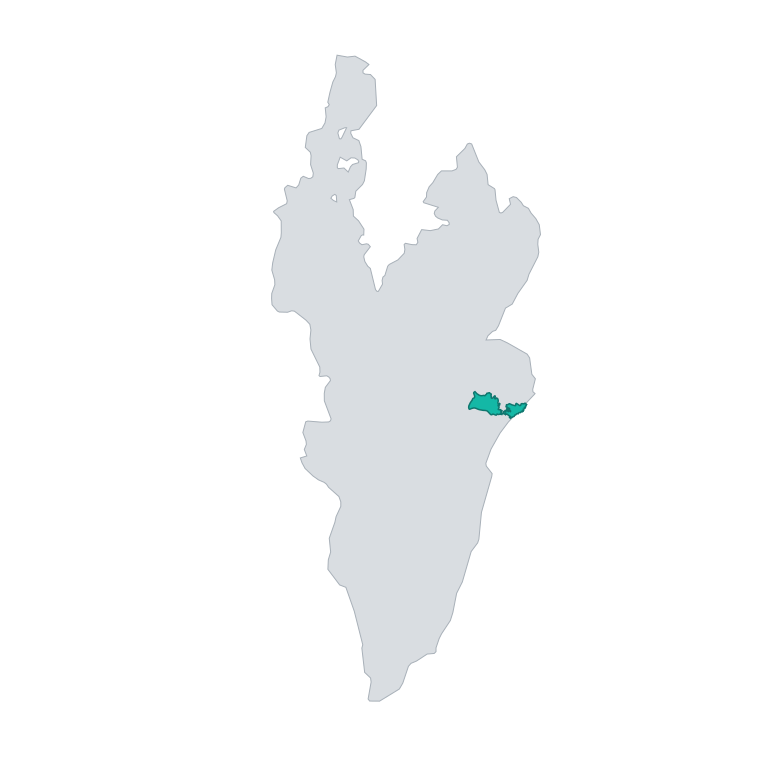 location of Alamudun, Chuy, Kyrgyzstan, rotated 104°
{"feature_id": "92254566B67186126103124", "entity_name": "Alamudun", "entity_type": "district", "adm_level": 2, "iso_a3": "KGZ", "parent_name": "Kyrgyzstan", "parent_adm1": "Chuy", "projection": "equal_earth", "projection_center": [74.606, 42.781], "detail": "fine", "context": "in_parent", "style": "filled", "palette": "teal", "viewbox_px": 768, "rotation_deg": 104, "n_neighbors": 0, "source": "geoboundaries", "source_scale": "gbopen_adm2", "svg_char_len": 8576}
<svg xmlns="http://www.w3.org/2000/svg" viewBox="0 0 768 768"><g transform="rotate(104 384 384)"><path d="M171.9,455.8L173.7,454.6L179.7,453.3L191.6,452.2L195.6,453.1L203.8,458.0L210.0,457.4L211.2,458.1L213.5,462.2L222.2,456.1L228.5,454.3L231.8,448.2L238.6,440.9L244.4,439.7L244.5,440.9L245.6,442.0L251.4,443.6L253.2,441.7L254.2,439.1L252.2,434.9L252.2,433.1L254.1,430.5L263.4,434.5L265.5,434.4L269.8,432.2L273.7,428.2L275.2,425.2L294.4,415.1L295.8,413.3L295.5,411.9L287.5,409.6L283.9,410.9L280.5,410.9L278.5,409.4L268.8,408.9L266.7,407.8L260.3,400.6L252.3,396.0L248.4,396.3L243.8,398.2L242.3,397.3L242.0,390.5L241.1,386.4L238.4,385.4L234.8,387.1L225.1,384.8L224.0,376.2L220.4,368.7L215.3,365.7L215.2,361.2L213.4,359.3L211.8,359.8L209.8,362.1L210.7,367.1L209.9,372.1L208.7,374.6L206.4,376.5L203.8,376.5L199.4,374.0L198.5,389.2L197.6,390.1L192.3,388.0L188.0,388.9L181.7,387.9L177.0,385.4L167.7,382.6L163.3,379.8L160.8,369.6L158.3,366.0L155.9,365.2L146.0,368.7L135.9,362.5L131.0,361.2L129.7,359.4L129.9,357.0L145.6,345.7L151.8,338.0L155.7,334.7L165.4,331.2L167.7,324.1L168.6,323.3L178.5,319.8L189.6,313.6L189.8,311.9L188.8,310.4L179.0,304.7L173.9,307.3L171.0,304.0L171.0,300.6L174.5,294.8L177.3,291.9L178.6,286.4L182.6,282.6L186.8,276.7L191.9,271.9L201.2,268.3L206.3,269.5L211.2,268.6L218.7,265.7L223.3,265.5L242.4,269.9L248.8,270.2L263.7,276.0L275.4,278.9L281.0,284.5L299.8,287.0L304.9,288.6L306.7,291.4L312.0,294.8L316.6,295.6L312.7,282.1L314.3,274.1L320.4,252.3L323.5,249.0L338.8,242.9L342.3,238.4L353.3,238.4L355.5,237.6L356.8,235.1L390.7,254.1L403.5,259.5L421.3,264.4L436.3,266.0L438.9,264.9L444.8,257.4L447.7,257.1L485.0,258.4L511.6,254.4L515.5,254.7L525.5,258.9L557.1,260.1L569.5,262.9L589.1,261.9L597.4,262.4L612.4,267.7L617.7,268.9L627.4,269.7L631.1,268.8L633.3,270.1L635.6,276.8L645.0,285.5L648.5,290.2L652.0,292.0L669.6,293.4L676.2,295.3L692.8,311.6L695.1,321.2L693.5,323.2L676.3,324.4L672.5,325.9L668.5,333.0L645.6,341.6L642.2,341.5L611.6,357.9L590.5,371.8L589.7,378.4L577.4,393.6L568.0,395.5L560.0,395.1L546.9,399.8L530.1,398.2L524.3,398.4L513.2,396.3L508.8,397.4L504.1,400.5L497.7,412.7L495.1,415.6L493.9,418.3L492.9,424.3L490.5,430.5L485.1,440.1L480.3,444.5L476.0,447.3L472.5,441.5L466.8,445.5L461.4,444.7L458.1,445.9L450.7,451.0L439.6,450.8L438.4,449.0L436.1,435.1L434.2,428.5L432.6,427.0L430.6,426.9L414.8,437.8L407.5,439.7L401.4,440.1L393.6,436.8L391.8,437.6L390.5,439.4L389.9,441.6L392.2,447.9L391.6,449.1L388.0,449.0L383.1,450.4L367.8,463.3L358.2,466.7L349.3,468.0L344.0,470.4L340.9,475.2L335.0,488.5L335.3,491.3L337.7,494.9L339.5,503.0L339.0,505.1L334.2,511.8L328.1,513.8L323.3,514.8L314.1,513.9L309.4,515.3L300.6,520.4L293.5,521.3L280.0,521.5L266.7,519.5L262.3,520.2L250.6,523.2L246.5,528.0L244.3,532.3L243.2,532.9L238.5,528.9L232.6,522.1L229.7,522.2L219.0,527.8L217.5,527.6L214.5,525.5L215.0,516.8L211.6,514.9L204.4,514.5L202.0,512.6L202.9,506.9L202.1,504.8L200.2,503.2L196.5,503.6L188.9,508.3L180.1,510.0L177.0,511.5L173.5,517.6L161.7,518.9L158.0,517.5L151.1,506.2L145.0,504.4L138.8,504.8L130.3,507.8L128.4,505.4L126.2,504.7L124.2,506.7L113.9,507.0L103.4,506.7L97.5,505.4L93.6,505.5L85.8,508.6L76.3,509.1L75.6,498.6L72.9,491.4L76.0,479.7L77.7,475.9L84.7,480.3L87.2,479.6L87.9,477.3L87.0,472.0L90.6,466.3L115.6,458.5L142.9,469.9L146.3,477.3L148.7,477.0L152.6,473.7L153.9,467.3L159.3,463.8L171.2,459.6L171.9,455.8ZM185.5,481.6L186.1,480.5L184.1,475.1L187.0,470.0L181.4,469.1L178.6,467.6L175.5,462.4L174.5,462.2L172.8,463.6L171.8,467.0L172.5,470.7L176.5,474.1L174.5,481.4L182.7,482.3L185.5,481.6ZM156.8,486.6L156.6,485.1L154.7,484.4L144.4,482.3L144.7,483.8L148.6,489.2L151.6,489.5L156.8,486.6ZM218.2,477.3L218.8,473.9L212.6,475.9L211.9,477.6L214.0,479.7L216.6,480.5L218.2,477.3Z" fill="#d9dde1" stroke="#a8b0b8" stroke-width="1"/><path d="M385.1,262.3L384.2,262.3L384.4,263.8L384.0,263.6L383.5,263.4L383.4,263.4L383.1,263.3L382.5,263.2L382.5,263.9L382.0,264.0L382.0,263.5L382.0,263.3L382.1,263.1L381.7,263.1L381.3,263.1L381.3,264.0L381.3,264.6L380.7,264.7L381.0,266.0L380.9,266.2L380.9,266.4L381.0,266.7L381.1,266.9L381.0,267.0L380.7,267.0L379.9,266.9L379.4,266.8L379.0,266.7L378.0,267.0L377.7,267.8L377.3,268.0L377.1,267.6L376.8,267.1L376.7,267.0L376.5,266.8L376.3,266.7L376.1,266.7L375.9,266.9L375.7,267.0L375.5,266.9L375.3,267.0L375.1,266.9L375.0,267.1L375.6,267.2L375.9,267.6L376.0,268.0L375.8,268.4L375.3,268.5L374.7,269.0L374.3,269.0L373.3,269.0L372.6,269.1L371.3,269.7L370.8,270.1L370.5,270.7L370.4,271.0L370.4,271.6L371.1,271.9L371.4,272.3L371.5,272.7L371.3,273.0L370.8,273.3L370.3,273.4L370.1,273.1L369.2,273.0L368.8,273.2L368.8,273.6L368.8,273.8L369.2,274.1L370.4,274.6L371.3,275.1L371.6,275.5L371.7,275.8L371.7,276.1L371.6,276.4L371.5,276.6L371.3,276.7L371.0,276.7L370.6,276.7L370.3,276.7L369.9,276.8L369.6,277.1L369.6,277.4L369.1,277.5L368.5,277.4L368.0,277.4L367.7,277.7L367.7,278.1L367.6,278.7L367.0,279.3L367.0,279.7L367.2,280.2L367.6,280.7L367.8,281.1L367.9,281.6L368.2,282.0L368.7,282.1L369.3,282.1L369.7,282.5L370.1,282.9L370.8,283.1L371.0,283.6L370.9,284.4L371.3,285.3L371.9,286.9L371.9,288.0L371.8,289.1L371.4,290.0L371.2,290.9L370.7,291.9L370.1,292.8L369.4,293.9L370.0,294.5L370.6,294.8L371.2,294.8L372.5,293.9L373.3,293.4L374.2,293.0L375.1,292.9L375.7,293.2L376.1,293.7L376.5,294.2L377.4,294.5L378.7,294.6L379.3,295.0L380.2,295.3L381.2,295.7L383.6,296.2L384.9,296.4L386.2,296.2L387.1,295.8L387.8,295.2L387.8,294.8L387.5,294.3L386.8,293.4L386.5,292.9L385.7,291.5L385.5,290.8L385.3,290.2L385.4,288.7L385.6,287.6L385.8,286.1L385.8,284.6L385.7,283.5L385.6,281.4L385.4,280.6L385.2,279.3L385.1,278.1L385.3,277.1L385.8,276.3L386.2,275.7L386.7,274.9L387.3,274.0L387.8,273.2L387.9,272.5L387.7,271.9L387.0,271.3L386.8,270.6L387.1,268.4L387.1,267.7L386.8,267.4L385.8,267.0L386.0,265.9L385.2,263.9L385.1,262.3ZM386.7,253.1L386.4,252.9L386.2,252.8L386.2,252.7L386.3,252.6L386.2,252.5L385.9,252.4L385.6,252.2L385.1,251.4L384.8,251.2L384.6,251.1L384.4,250.7L384.2,250.3L384.1,250.1L383.9,249.9L383.3,249.7L382.5,249.5L382.5,249.4L382.1,248.7L381.9,248.6L381.7,248.5L381.0,248.2L380.9,248.1L380.7,247.9L380.7,247.7L380.6,247.3L380.6,247.2L380.5,246.9L380.5,246.7L380.4,246.7L380.2,246.6L379.8,246.6L379.4,246.4L379.3,246.1L379.0,245.5L378.8,245.4L378.7,245.1L378.5,244.8L378.6,244.7L378.3,244.5L378.1,244.3L377.9,244.0L377.7,244.0L377.7,243.9L377.7,243.7L377.5,243.4L377.6,243.2L377.3,242.9L377.1,243.0L376.9,242.9L376.6,243.1L376.5,242.5L376.5,242.4L376.1,242.5L375.8,242.5L375.7,242.2L375.5,242.3L375.3,242.3L375.1,242.3L375.0,242.5L374.9,242.6L374.8,242.3L374.7,242.2L374.4,242.1L374.1,242.0L373.9,242.0L373.5,242.0L373.4,241.9L373.4,241.7L373.2,241.8L373.2,241.7L372.8,241.5L372.9,241.3L372.9,241.2L372.7,241.1L372.4,241.2L372.1,241.1L371.8,241.1L371.6,241.4L370.8,241.0L370.7,240.9L370.4,241.1L369.9,240.8L369.4,240.6L368.9,241.6L368.7,241.9L368.5,242.3L368.5,242.6L369.4,243.4L369.4,244.0L369.7,245.6L370.0,246.0L370.4,246.2L371.5,246.2L371.9,246.5L372.1,246.8L371.9,247.6L371.1,249.8L370.9,250.5L370.8,250.8L371.0,251.1L371.4,251.2L371.7,251.3L372.1,251.2L372.6,251.1L373.0,251.1L373.2,251.3L373.3,251.8L373.3,252.3L373.3,254.3L372.9,256.6L372.8,257.2L372.8,257.6L374.5,259.5L374.5,260.1L375.2,260.1L375.6,260.1L376.1,260.1L376.3,260.1L376.5,260.1L376.5,259.9L376.5,259.7L376.4,259.5L376.4,259.3L376.4,259.2L377.3,259.0L377.3,258.3L377.4,258.2L377.2,258.0L377.1,257.4L377.4,256.9L377.4,256.6L377.4,256.4L377.6,256.2L377.9,256.1L378.4,256.2L378.5,256.4L378.4,256.4L378.5,256.8L378.4,257.0L378.2,257.3L378.5,257.4L378.5,257.9L378.3,258.3L378.3,258.6L378.3,258.8L378.7,258.9L378.8,258.8L378.8,258.4L379.0,258.4L379.2,258.5L379.2,258.4L379.1,258.0L379.1,257.9L379.0,257.7L379.1,257.4L379.1,257.2L379.0,256.7L379.0,256.3L379.0,256.2L379.1,255.3L379.4,254.9L379.6,255.1L379.9,254.6L380.1,254.6L380.3,254.7L380.3,254.9L380.1,255.2L379.8,255.8L379.6,256.1L379.7,256.3L380.4,256.6L380.8,256.7L380.8,256.8L380.6,257.1L380.4,257.5L380.3,257.8L380.1,257.7L380.1,258.0L380.0,258.3L380.0,258.5L379.9,258.6L380.1,258.8L380.1,259.0L380.2,259.4L380.2,259.5L380.3,259.6L380.3,259.8L380.3,260.0L380.6,260.2L381.0,260.3L381.0,259.8L381.0,259.7L381.0,259.1L381.4,259.1L381.3,259.4L381.4,259.5L381.4,259.9L381.6,259.9L381.5,260.1L381.4,260.3L381.5,260.4L381.7,260.6L381.7,260.9L381.7,261.1L382.0,261.2L382.9,261.3L382.9,261.1L383.6,261.3L383.8,261.3L384.0,261.2L383.8,260.8L384.2,258.9L384.3,258.7L383.6,258.7L383.6,259.2L383.4,259.2L383.5,257.9L383.7,257.7L383.5,257.0L383.7,256.4L384.2,256.0L384.5,255.4L384.5,254.8L384.6,254.2L385.0,253.6L385.2,254.1L386.1,254.1L386.1,253.4L386.5,253.3L386.7,253.1Z" fill="#14b8a6" stroke="#0f766e" stroke-width="1.5"/></g></svg>